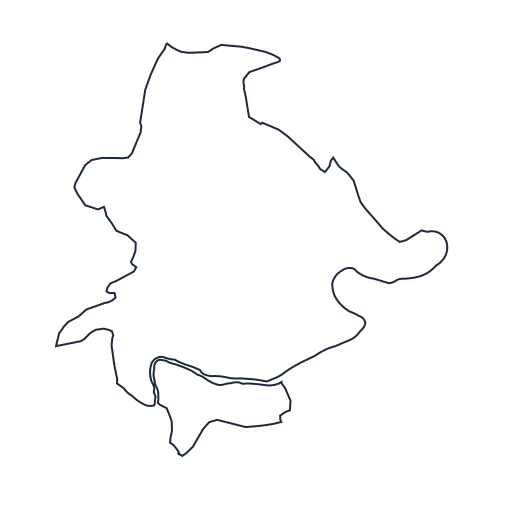 Shirbin, Ad Daqahliyah, Egypt (Mercator projection), rotated 6°
{"feature_id": "37247803B76793683664752", "entity_name": "Shirbin", "entity_type": "district", "adm_level": 2, "iso_a3": "EGY", "parent_name": "Egypt", "parent_adm1": "Ad Daqahliyah", "projection": "mercator", "projection_center": [31.57, 31.249], "detail": "fine", "context": "isolated", "style": "outline", "palette": "slate", "viewbox_px": 512, "rotation_deg": 6, "n_neighbors": 0, "source": "geoboundaries", "source_scale": "gbopen_adm2", "svg_char_len": 6112}
<svg xmlns="http://www.w3.org/2000/svg" viewBox="0 0 512 512"><g transform="rotate(6 256 256)"><path d="M66.6,366.6L69.9,365.5L90.8,359.0L94.0,356.4L99.2,349.9L104.4,346.1L112.1,344.2L117.9,344.9L120.7,346.1L122.4,350.2L121.7,352.1L121.7,360.0L126.1,377.7L128.0,384.2L130.6,392.1L131.0,394.7L131.0,397.3L135.1,399.5L138.4,401.4L140.2,403.4L141.5,404.5L142.5,405.2L143.4,405.9L144.9,406.8L147.4,408.0L149.2,409.4L150.5,410.3L153.1,412.0L155.2,413.1L156.6,413.8L160.6,415.5L162.2,416.0L164.3,416.2L166.0,416.2L167.3,416.1L168.9,415.7L170.4,415.1L170.6,414.3L170.7,413.1L170.7,411.9L170.6,410.6L170.5,409.7L170.6,408.2L170.8,407.0L170.6,406.1L170.3,405.3L168.7,402.6L168.8,402.4L168.6,401.4L168.6,400.7L168.7,399.0L168.5,397.8L168.1,396.6L167.6,395.4L167.2,394.6L166.6,393.6L165.8,392.6L165.0,391.1L164.2,389.1L163.5,386.7L163.0,384.3L162.7,381.9L162.6,380.0L162.7,378.8L162.9,376.3L163.2,374.5L163.3,373.7L163.5,373.2L163.8,372.5L164.4,371.5L165.2,370.2L166.0,369.3L166.6,368.8L167.8,367.9L169.2,367.1L170.6,366.6L172.5,366.2L174.1,366.1L176.8,366.8L179.7,367.3L182.6,367.6L185.9,367.6L189.9,369.2L193.7,370.4L197.5,371.4L201.5,372.2L204.5,372.9L208.9,374.2L212.2,375.3L212.4,375.4L213.0,376.3L213.8,377.3L214.8,378.1L215.7,378.6L216.6,379.0L217.5,379.3L219.1,379.7L220.7,379.9L222.3,380.1L224.0,380.1L225.6,380.0L227.3,379.7L228.9,379.6L233.9,379.4L238.8,379.7L243.6,380.2L248.9,379.9L253.9,379.3L259.9,379.1L265.0,378.9L268.8,378.9L272.7,379.1L276.7,379.4L279.8,379.7L288.9,374.8L290.1,374.1L291.7,373.0L292.8,372.2L294.3,371.0L295.8,369.6L296.8,368.6L300.0,365.9L303.3,363.3L306.8,360.7L312.0,357.1L325.1,349.1L326.5,347.9L328.6,346.2L330.8,344.6L333.0,343.1L335.3,341.6L338.5,339.9L341.7,338.4L344.7,337.2L351.7,333.2L357.5,330.1L359.6,328.8L361.0,327.8L362.3,326.6L363.2,325.8L364.4,324.5L365.5,323.1L366.1,322.1L367.5,319.9L368.2,319.1L369.0,318.1L369.8,317.0L370.2,316.3L370.8,315.1L371.2,313.8L371.6,312.6L371.8,311.3L371.3,310.0L370.8,309.1L369.9,307.9L369.2,307.1L368.4,306.4L367.8,306.0L366.5,305.4L364.9,304.9L362.3,303.8L359.3,302.7L356.4,301.8L354.3,301.2L352.1,300.0L350.2,298.9L349.0,298.1L347.2,296.8L345.4,295.4L343.8,293.9L342.2,292.3L340.7,290.6L339.4,288.8L338.4,287.5L337.1,284.8L336.5,283.1L336.0,281.8L335.6,280.4L335.2,278.4L334.8,276.4L334.7,275.8L334.8,275.5L335.0,273.5L335.4,272.0L335.9,270.6L336.7,268.7L337.4,267.4L338.2,266.1L339.5,264.5L340.6,263.4L341.7,262.4L343.3,261.3L344.6,260.2L345.7,259.6L346.8,259.0L348.3,258.5L349.5,258.2L351.1,258.1L352.8,258.1L354.0,258.3L355.4,258.7L356.2,259.5L357.4,260.5L358.6,261.4L360.0,262.2L363.5,263.8L366.6,264.9L368.5,265.4L371.1,265.9L373.0,266.1L375.4,266.2L390.7,269.1L392.7,268.7L394.8,267.8L396.0,267.2L396.7,266.7L398.2,265.5L399.3,264.8L400.7,264.1L401.9,263.7L402.5,263.5L404.7,263.2L407.6,262.8L411.5,262.0L416.3,260.8L420.2,259.4L422.7,258.3L425.1,257.0L427.5,255.4L429.7,253.7L431.2,252.3L433.2,250.3L434.6,248.7L435.9,246.8L437.9,245.2L439.5,243.7L440.6,242.4L441.6,241.1L442.8,239.2L443.9,237.1L444.2,236.1L444.7,234.6L445.2,232.6L445.4,230.8L445.4,228.6L445.2,226.5L445.0,225.5L444.6,224.0L444.0,222.2L443.4,221.0L442.4,219.4L441.3,218.0L440.0,216.7L438.5,215.5L436.9,214.6L435.5,213.9L434.2,213.5L432.9,213.2L430.6,212.9L429.3,212.9L427.4,213.1L426.1,213.4L424.4,214.0L421.2,213.8L418.1,213.2L403.7,224.5L397.5,227.0L391.6,223.9L386.5,220.6L379.2,215.5L368.2,205.2L360.1,197.8L354.6,191.8L351.7,185.9L345.3,170.9L338.0,163.6L331.5,159.9L328.6,157.6L322.5,150.1L320.5,153.3L319.6,159.4L315.7,165.3L310.5,162.6L309.0,160.4L306.1,157.7L303.3,154.3L298.9,151.5L292.1,146.4L274.5,133.4L265.3,128.0L248.3,122.8L246.8,124.3L234.5,118.4L228.9,97.8L226.5,91.0L226.5,88.5L225.3,84.5L225.4,81.0L227.2,78.4L230.2,73.8L245.2,66.7L250.6,63.9L258.1,60.5L259.5,59.3L258.7,56.9L252.1,54.2L243.9,52.0L227.2,50.0L219.7,49.4L199.4,49.7L191.7,54.2L187.2,58.0L183.3,58.8L180.0,59.2L167.7,61.0L160.2,60.7L156.1,59.5L149.8,56.8L145.5,54.0L144.6,54.8L143.5,59.6L137.7,70.1L132.4,86.4L128.5,102.1L126.8,135.7L128.4,138.8L128.3,145.3L121.8,166.9L118.6,171.4L113.4,172.7L105.0,173.3L99.9,173.9L92.8,174.5L82.5,177.7L76.6,183.5L68.8,202.4L68.2,207.0L72.0,212.9L81.0,223.5L84.9,224.2L93.9,226.2L99.7,223.0L102.2,228.9L102.9,231.5L109.9,239.4L114.4,245.4L118.3,246.7L126.0,248.8L135.0,255.4L135.6,263.2L134.3,269.1L132.3,275.0L133.6,277.0L138.1,279.6L136.2,284.2L120.0,295.2L114.2,298.4L111.6,302.9L111.0,306.9L114.2,308.2L119.3,307.6L120.6,312.2L117.4,315.4L114.1,317.4L110.3,318.6L92.8,327.0L85.7,334.8L76.1,341.2L72.2,346.5L68.3,353.6L67.0,362.8L66.6,366.6ZM298.5,418.4L297.1,415.8L297.1,414.8L296.7,412.1L297.3,411.7L301.6,408.0L305.8,406.0L305.5,396.4L298.8,384.5L294.7,379.8L294.5,378.6L293.4,379.5L291.9,380.5L290.7,381.1L289.4,381.6L288.1,382.2L285.7,382.8L283.8,383.2L281.3,383.5L279.4,383.5L275.8,383.4L271.6,383.3L264.7,383.4L259.6,383.8L258.1,384.2L256.4,384.4L254.7,384.2L253.7,383.9L253.0,383.6L251.7,383.5L250.2,383.6L248.7,383.8L247.3,384.1L245.9,384.5L244.5,385.1L242.7,385.4L240.8,385.9L238.9,386.5L236.4,387.5L235.3,387.8L233.8,388.1L232.7,388.1L231.3,388.0L228.2,387.3L226.2,386.8L224.3,386.1L222.5,385.3L221.3,384.8L219.5,383.8L217.8,382.8L215.8,381.8L213.2,380.8L211.6,380.4L210.3,380.2L206.8,378.3L203.7,376.8L200.1,375.6L195.5,374.2L192.0,373.3L187.3,372.2L181.5,371.2L180.9,371.0L178.7,370.1L176.7,369.6L175.2,369.4L173.2,369.3L171.7,369.3L170.2,369.5L169.0,370.3L168.3,371.0L167.9,371.5L167.5,372.0L167.0,372.9L166.7,373.8L166.5,374.4L166.3,375.4L166.3,376.7L166.4,377.7L166.7,378.8L166.4,380.7L166.4,382.8L166.5,384.3L166.7,385.8L167.0,387.2L167.4,388.3L168.1,390.3L168.5,392.1L169.0,393.8L169.8,395.3L170.2,396.1L170.9,397.1L171.7,398.5L172.3,399.8L172.9,401.7L173.3,403.6L173.5,405.8L173.7,407.1L173.8,408.0L173.9,409.8L173.7,411.4L173.7,412.2L176.0,414.0L179.2,415.3L183.0,416.6L186.9,423.9L189.4,429.1L190.7,438.3L190.0,445.5L190.0,450.7L193.8,452.7L198.3,457.3L199.6,459.3L200.2,460.0L199.5,460.7L200.2,461.3L202.8,462.0L203.5,462.6L207.3,459.4L213.2,452.2L218.4,440.5L221.6,433.4L226.8,426.2L234.5,423.0L263.5,427.2L273.2,425.4L282.2,423.5L291.3,421.0L298.5,418.4Z" fill="none" stroke="#1e293b" stroke-width="2"/></g></svg>